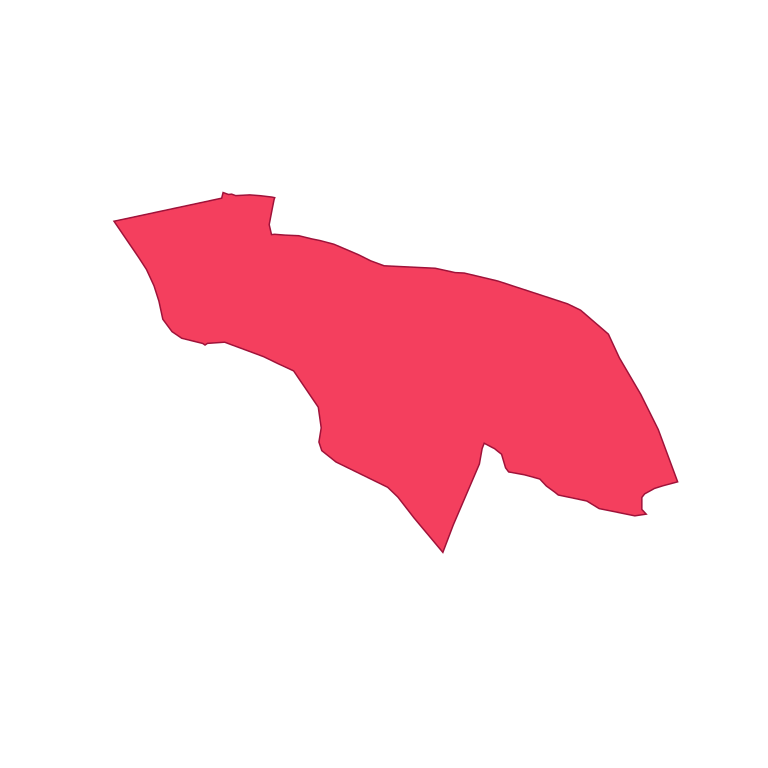 Gamaliyya, Ad Daqahliyah, Egypt (Mercator projection), rotated 110°
{"feature_id": "37247803B61815005603813", "entity_name": "Gamaliyya", "entity_type": "district", "adm_level": 2, "iso_a3": "EGY", "parent_name": "Egypt", "parent_adm1": "Ad Daqahliyah", "projection": "mercator", "projection_center": [31.849, 31.206], "detail": "fine", "context": "isolated", "style": "filled", "palette": "rose", "viewbox_px": 768, "rotation_deg": 110, "n_neighbors": 0, "source": "geoboundaries", "source_scale": "gbopen_adm2", "svg_char_len": 1197}
<svg xmlns="http://www.w3.org/2000/svg" viewBox="0 0 768 768"><g transform="rotate(110 384 384)"><path d="M522.1,271.1L493.0,270.7L426.6,267.0L411.1,269.7L405.4,269.6L406.7,260.1L406.9,258.1L408.4,253.8L409.8,249.5L421.2,241.1L424.0,236.8L421.3,221.0L420.0,205.1L424.3,196.6L427.2,186.6L428.7,182.3L424.6,153.5L427.5,139.2L422.1,103.2L416.6,93.1L413.7,98.8L402.4,102.9L398.1,101.5L391.6,95.8L389.7,94.2L384.1,86.9L375.5,74.6L333.0,110.7L306.0,139.1L278.9,171.8L260.4,190.2L247.4,224.5L245.9,238.9L248.3,312.1L252.3,346.6L255.0,355.3L257.7,375.4L272.9,424.4L272.8,438.8L271.3,451.7L269.8,478.9L271.1,493.3L272.4,501.9L273.8,514.8L277.9,527.8L280.7,537.9L282.1,540.8L273.5,546.4L256.6,549.1L248.1,550.4L246.3,550.4L246.7,553.3L249.4,564.8L252.2,574.8L257.7,587.8L257.7,592.1L259.1,595.0L259.1,597.9L259.1,600.7L264.9,600.1L297.4,651.9L323.4,693.4L349.0,657.8L357.6,646.4L370.4,633.7L383.2,623.8L398.8,614.0L407.3,601.1L410.2,589.7L407.9,568.2L408.6,565.5L406.2,563.8L399.2,548.0L399.3,539.3L399.5,506.3L401.1,490.9L402.6,473.4L428.3,437.8L446.7,428.0L460.8,425.3L467.9,419.7L473.7,402.5L479.8,345.2L485.5,332.3L499.8,309.6L522.1,271.1Z" fill="#f43f5e" stroke="#9f1239" stroke-width="1.5"/></g></svg>